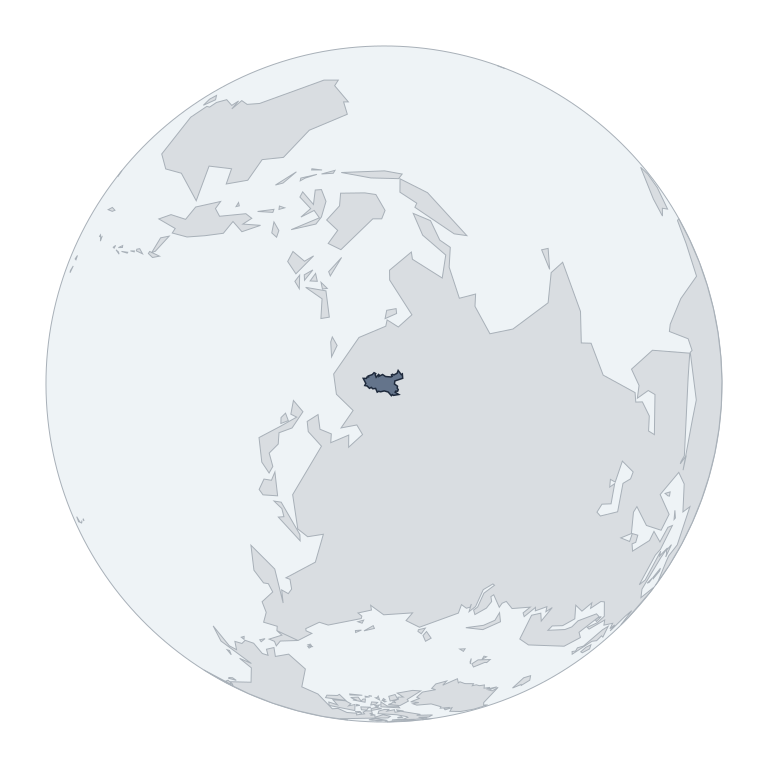 Hubei highlighted on a globe, orthographic projection, rotated 174°
{"feature_id": "CHN-1807", "entity_name": "Hubei", "entity_type": "Province", "adm_level": 1, "iso_a3": "CHN", "parent_name": "China", "parent_adm1": "", "projection": "orthographic", "projection_center": [112.208, 31.166], "detail": "coarse", "context": "on_globe", "style": "filled", "palette": "slate", "viewbox_px": 768, "rotation_deg": 174, "n_neighbors": 0, "source": "natural_earth", "source_scale": "10m", "svg_char_len": 12165}
<svg xmlns="http://www.w3.org/2000/svg" viewBox="0 0 768 768"><g transform="rotate(174 384 384)"><circle cx="384" cy="384" r="338" fill="#eef3f6" stroke="#a8b0b8"/><path d="M684.6,527.5L684.1,529.3L683.9,529.7L684.6,527.5ZM593.0,118.4L572.7,104.8L572.0,103.6L565.7,100.0L566.3,101.8L568.2,104.0L547.4,101.3L545.6,115.6L556.3,126.3L545.1,119.9L573.0,145.4L579.2,161.3L565.2,139.8L558.4,135.2L559.2,143.6L552.4,140.8L548.9,143.6L540.7,139.8L533.2,128.7L527.7,126.3L528.6,132.5L521.0,133.4L520.5,124.4L507.1,125.3L492.0,108.8L497.4,91.4L482.1,82.6L469.4,66.4L463.7,66.2L455.2,61.2L445.5,59.4L445.9,57.8L437.8,58.0L439.2,59.9L436.1,60.8L430.5,60.2L430.1,57.7L432.8,57.7L429.8,56.7L432.0,55.8L427.7,55.9L427.8,53.6L419.4,55.2L412.5,52.8L414.9,51.5L425.5,52.5L457.2,55.2L462.8,55.8L460.2,54.8L454.9,53.6L479.8,59.9L504.1,68.1L527.7,78.1L550.4,89.9L572.2,103.4L593.0,118.4ZM415.8,47.6L416.6,47.7L412.1,47.3L412.1,48.0L400.5,47.2L389.1,46.4L388.5,46.1L387.7,46.1L415.8,47.6ZM381.0,46.1L374.6,46.3L370.6,46.3L381.0,46.1ZM703.5,284.2L700.8,278.3L702.1,278.9L703.5,284.2ZM699.4,277.0L700.3,278.5L699.6,277.6L699.4,277.0ZM699.0,277.8L699.3,277.2L699.3,278.6L699.0,277.8ZM698.8,279.9L698.8,278.5L698.9,278.9L698.8,279.9ZM697.4,281.0L697.0,281.1L696.7,279.1L697.4,281.0ZM570.1,105.7L567.0,102.3L569.0,102.1L572.4,105.1L570.1,105.7ZM565.3,107.7L561.9,104.7L569.3,107.6L568.9,108.3L565.3,107.7ZM565.5,135.1L564.2,130.7L567.8,136.1L565.5,135.1ZM549.9,144.7L552.4,147.1L549.5,147.6L549.9,144.7ZM418.5,48.6L415.4,48.3L417.0,48.3L418.5,48.6ZM421.5,49.3L425.6,49.5L427.6,50.0L425.0,49.8L421.5,49.3ZM534.3,142.6L528.9,143.2L533.1,140.5L534.3,142.6ZM415.9,49.1L430.6,50.8L434.1,51.7L427.1,52.1L415.9,49.1ZM524.9,142.3L511.8,144.9L516.3,149.9L496.3,137.9L514.0,139.2L518.5,134.8L519.8,139.5L524.9,142.3ZM442.1,60.8L440.3,58.7L447.0,61.2L442.1,60.8ZM447.2,62.3L472.2,70.1L472.1,73.5L463.8,69.8L467.8,75.3L455.4,73.0L450.4,69.5L452.9,67.6L446.3,68.3L447.2,62.3ZM487.3,131.2L483.1,130.5L486.1,129.2L487.3,131.2ZM435.4,61.4L440.5,62.4L440.8,65.3L430.7,63.9L433.8,63.3L435.4,61.4ZM474.9,78.2L473.3,80.5L462.9,79.1L460.8,80.0L455.1,73.3L474.9,78.2ZM430.9,62.4L425.5,63.2L420.3,61.4L430.5,60.7L430.9,62.4ZM445.1,66.8L444.7,68.2L441.6,66.9L445.1,66.8ZM398.7,56.7L404.7,57.2L405.4,58.6L398.7,56.7ZM423.9,63.6L425.7,64.2L426.6,65.0L422.1,65.3L423.9,63.6ZM448.1,73.1L444.1,72.3L449.9,75.7L442.4,75.3L439.9,71.1L437.8,72.8L435.4,72.7L436.1,69.5L448.1,73.1ZM420.3,68.1L414.6,63.5L403.2,61.8L402.3,60.3L420.8,63.3L420.3,68.1ZM429.5,69.1L423.6,68.0L425.5,66.4L430.7,66.2L429.5,69.1ZM438.1,76.7L450.4,78.3L450.5,79.3L438.1,76.7ZM416.7,67.8L418.1,69.0L415.6,67.9L416.7,67.8ZM431.1,74.2L435.4,74.5L435.4,75.5L431.1,74.2ZM417.4,71.3L415.6,69.7L419.0,69.3L417.4,71.3ZM423.4,72.9L422.4,74.2L421.4,70.2L425.3,72.8L423.4,72.9ZM430.4,75.1L431.8,75.8L428.6,74.8L430.4,75.1ZM405.4,74.0L403.3,69.1L411.0,68.1L411.9,72.9L405.4,74.0ZM135.0,155.6L132.4,158.5L121.9,178.0L118.8,183.4L109.2,193.3L92.6,230.0L100.1,225.5L95.9,253.2L100.1,265.3L120.9,245.2L114.1,224.6L123.7,209.6L137.8,215.9L145.3,235.6L149.3,230.5L153.6,209.4L164.6,206.2L156.2,201.7L152.7,209.3L147.4,207.1L150.2,200.2L154.0,199.1L154.3,191.8L136.3,200.6L130.9,209.2L126.1,198.1L116.6,211.8L112.0,213.1L126.4,190.6L132.0,185.5L151.1,157.7L144.7,161.8L126.3,188.8L127.9,184.1L119.2,191.4L127.1,182.1L148.9,153.0L150.8,144.7L137.1,153.5L139.7,150.5L165.5,126.2L173.6,119.7L161.3,132.7L168.6,127.7L184.9,114.8L179.8,120.3L184.9,117.0L181.6,122.1L190.5,121.2L189.2,126.2L205.7,118.8L207.3,120.7L197.0,124.2L189.2,130.0L187.6,144.3L191.1,145.0L202.0,139.3L200.2,144.6L210.9,137.4L216.4,144.0L218.8,130.5L231.6,125.0L242.0,125.8L246.7,121.9L229.7,120.9L222.6,122.8L215.8,128.2L196.7,133.2L194.4,130.1L216.0,116.7L215.2,111.3L232.3,104.4L267.6,109.4L275.6,116.2L261.4,138.6L252.0,139.7L252.4,131.8L240.0,144.1L246.8,140.6L245.3,145.5L257.2,142.6L256.7,146.0L268.9,138.0L269.6,141.8L261.9,146.8L280.1,147.3L285.1,155.0L289.5,153.6L292.7,149.9L296.9,162.9L299.9,161.4L299.7,156.4L305.6,150.4L317.7,145.2L318.5,149.9L314.2,152.4L306.5,165.5L295.1,172.3L296.6,173.8L306.8,169.1L316.2,153.1L323.2,148.7L320.1,156.1L321.8,153.0L325.5,152.4L330.0,156.5L334.0,148.4L374.2,138.4L386.8,146.4L379.5,153.4L408.4,154.5L420.4,165.3L420.1,160.5L433.8,159.0L430.3,155.5L431.2,153.1L464.7,150.1L473.2,153.8L487.4,148.9L487.3,146.7L481.8,143.5L496.3,137.9L516.3,149.9L515.5,154.2L528.6,159.7L525.0,169.2L528.0,180.2L516.4,188.8L519.9,197.5L524.6,198.8L532.8,212.4L533.2,237.6L512.0,211.4L507.2,176.7L507.3,189.9L501.1,185.5L497.3,189.7L497.9,199.6L501.8,201.5L470.9,214.0L460.0,240.9L475.9,240.1L484.9,248.9L486.4,283.5L452.7,328.7L464.3,344.6L464.3,354.8L452.8,360.5L452.4,345.7L441.6,339.9L443.1,331.2L424.4,336.9L425.8,324.8L410.6,336.0L415.3,346.1L431.3,344.8L417.5,360.9L432.4,378.8L433.0,399.2L404.0,432.9L376.2,441.3L374.2,447.4L363.8,439.2L349.0,449.9L367.5,486.8L366.6,496.6L343.0,512.4L342.7,505.1L315.0,483.3L309.1,505.8L330.0,528.0L337.1,550.6L320.7,541.6L313.5,521.3L303.8,513.0L307.0,493.4L300.1,461.4L283.5,463.9L285.4,451.7L273.4,422.9L250.0,425.2L212.3,447.6L206.1,477.3L193.6,486.4L181.0,435.6L183.5,404.2L173.8,402.9L165.1,369.9L135.2,349.2L135.5,339.7L128.9,339.2L123.5,324.5L125.8,309.6L120.4,305.4L115.6,345.2L121.9,349.9L133.5,343.4L130.5,355.9L136.3,372.9L113.5,389.5L76.7,382.7L80.8,359.0L92.8,281.2L96.7,275.9L97.1,275.1L97.7,273.6L90.9,281.3L95.6,267.0L80.9,316.7L75.1,335.4L76.1,383.5L74.1,385.2L76.8,397.2L94.7,406.4L93.1,413.5L79.9,437.9L61.9,458.5L68.8,491.9L75.0,515.8L73.7,517.7L73.7,517.8L64.9,495.2L57.7,472.0L52.3,448.4L48.5,424.4L46.5,400.2L46.2,375.9L47.6,351.7L50.8,327.6L55.7,303.9L62.3,280.5L70.6,257.7L80.5,235.5L91.9,214.1L104.8,193.6L119.2,174.0L135.0,155.6ZM145.4,270.5L155.0,282.4L164.3,262.3L168.8,265.5L170.3,257.9L165.0,260.8L170.7,241.1L179.8,241.7L185.6,234.3L182.6,230.1L165.0,232.5L156.7,260.2L148.7,263.9L145.4,270.5ZM216.3,97.1L210.8,101.0L205.5,103.0L207.2,99.1L214.9,96.0L216.3,97.1ZM204.1,106.4L225.1,95.6L224.9,98.3L221.4,98.4L219.2,101.4L213.1,102.5L192.4,116.7L186.4,119.6L192.8,109.4L194.0,110.8L199.4,106.5L204.1,106.4ZM279.0,70.8L288.0,68.2L275.8,77.2L268.7,78.6L270.0,74.2L279.0,69.9L279.0,70.8ZM400.7,50.5L405.0,50.5L405.1,50.9L401.6,51.3L400.7,50.5ZM401.5,56.8L382.3,51.6L386.2,51.1L370.3,49.8L374.4,48.2L384.5,48.9L375.8,47.3L386.6,47.3L379.5,46.6L401.7,48.4L411.1,49.1L399.1,48.8L395.1,50.0L396.1,50.8L406.2,53.8L424.4,56.8L423.3,59.3L417.7,60.3L413.2,59.9L415.3,58.3L407.7,59.0L407.3,56.4L401.5,56.8ZM352.7,82.1L357.1,78.3L341.8,83.2L341.3,79.0L339.6,79.9L334.9,77.6L326.3,76.6L327.7,74.7L323.7,75.2L320.6,74.0L315.6,74.2L316.3,71.0L310.3,71.2L314.0,69.7L303.5,71.0L311.6,68.7L308.4,67.5L302.2,70.4L318.1,56.8L318.5,54.3L314.4,54.0L329.0,51.2L342.2,50.3L352.7,51.6L350.2,55.0L357.3,53.6L358.2,55.0L352.3,55.5L362.0,55.7L361.1,57.1L370.5,60.9L385.0,61.2L388.8,63.0L382.7,63.6L390.7,65.1L381.7,67.6L384.2,69.1L377.9,73.6L364.6,74.6L368.4,76.3L363.8,80.3L352.7,82.1ZM403.2,75.2L387.5,76.3L379.5,74.9L393.9,67.9L392.9,66.1L401.8,62.5L413.2,64.9L409.6,65.6L408.8,66.9L405.5,65.6L407.5,67.7L402.6,69.0L402.8,71.1L397.6,70.7L403.2,75.2ZM121.9,182.5L120.7,185.6L120.4,189.1L114.9,194.2L121.9,182.5ZM136.4,162.4L136.3,163.9L128.3,171.9L129.6,169.1L136.4,162.4ZM143.1,158.4L136.9,163.4L141.0,159.0L143.1,158.4ZM197.6,125.6L198.4,127.3L195.8,129.1L192.2,130.0L197.6,125.6ZM307.2,98.9L311.0,96.2L312.8,96.6L324.6,93.2L325.9,96.5L319.3,99.8L307.2,98.9ZM115.9,245.8L110.7,246.8L111.8,242.7L113.3,243.1L115.9,245.8ZM109.7,218.9L107.9,228.0L108.2,220.3L109.7,218.9ZM310.5,102.0L315.2,100.0L313.0,102.9L310.5,102.0ZM327.4,98.8L325.9,101.9L327.4,96.5L327.4,98.8ZM230.9,685.1L238.0,688.7L233.9,686.7L230.9,685.1ZM96.8,539.9L106.1,572.7L99.7,565.1L91.7,550.8L83.7,528.3L88.8,529.7L89.5,521.9L96.8,539.9ZM423.2,603.3L433.6,604.4L433.2,605.6L423.2,603.3ZM412.4,598.9L424.2,599.4L410.4,601.6L412.4,598.9ZM428.8,599.5L440.9,597.0L446.1,594.8L445.2,597.5L428.8,599.5ZM404.4,598.8L361.1,595.9L344.0,590.9L348.0,586.7L375.5,590.3L404.4,598.8ZM346.6,586.4L320.7,569.7L286.1,522.9L298.5,526.0L334.8,556.5L332.5,560.4L348.1,573.1L346.6,586.4ZM409.6,565.8L407.2,578.3L383.2,576.1L372.3,573.3L364.8,556.5L369.0,548.5L377.9,549.4L412.8,522.1L424.8,529.6L414.0,541.6L423.9,553.1L409.6,565.8ZM207.3,480.7L213.2,501.0L206.6,501.7L207.3,480.7ZM427.3,501.5L412.9,514.3L426.1,497.1L427.3,501.5ZM435.3,484.9L436.0,491.7L430.4,485.0L435.3,484.9ZM373.6,457.0L364.1,457.7L364.1,452.8L376.1,448.9L373.6,457.0ZM433.3,416.5L432.6,431.3L430.5,436.2L426.6,427.2L433.3,416.5ZM328.1,133.1L310.3,133.6L298.4,137.4L293.0,144.5L293.0,135.4L311.4,129.4L328.1,133.1ZM368.4,136.9L373.0,131.7L376.1,134.4L375.5,136.0L368.4,136.9ZM367.6,133.4L363.7,126.3L369.6,123.8L371.5,129.8L367.6,133.4ZM336.4,112.5L331.0,112.2L333.0,109.8L336.4,112.5ZM520.4,688.5L521.8,684.3L534.5,680.1L527.7,685.5L520.4,688.5ZM622.2,623.7L627.2,617.9L624.4,621.5L622.2,623.7ZM478.4,676.0L412.0,692.5L397.7,691.0L401.9,685.8L390.0,668.3L394.7,668.8L392.3,656.1L431.8,644.2L460.3,619.9L481.7,619.9L498.2,600.9L520.0,599.4L513.1,614.0L535.2,619.0L551.6,585.9L563.5,614.8L578.6,620.7L581.0,636.0L548.4,669.5L531.2,678.6L528.5,677.6L521.2,681.5L510.7,683.2L506.3,677.0L499.0,680.7L506.6,673.5L495.8,680.7L490.9,676.4L478.4,676.0ZM633.4,584.9L636.2,584.1L640.1,586.2L635.7,588.0L633.4,584.9ZM677.4,539.7L678.1,540.7L675.4,543.9L677.4,539.7ZM683.9,529.7L680.7,533.9L684.6,527.5L683.9,529.7ZM650.3,559.6L651.5,560.6L650.3,562.0L650.3,559.6ZM649.2,559.7L651.1,555.7L650.6,558.8L649.2,559.7ZM636.4,549.9L638.2,547.3L639.0,548.3L636.4,549.9ZM448.9,604.2L463.4,594.4L471.2,593.2L448.9,604.2ZM633.9,547.4L629.4,549.0L629.9,547.1L633.9,547.4ZM634.3,543.1L633.9,540.8L636.5,545.5L634.3,543.1ZM625.7,541.0L631.2,543.3L625.1,541.8L625.7,541.0ZM622.3,542.9L618.3,542.4L618.6,541.5L622.3,542.9ZM575.4,560.5L590.7,571.7L578.1,574.7L564.1,568.5L552.8,579.7L527.4,582.6L533.3,576.1L530.0,568.0L503.6,567.8L498.2,562.6L507.7,557.8L490.2,554.7L509.4,550.3L517.2,561.4L528.0,550.7L546.6,550.2L564.5,550.8L578.8,556.3L575.4,560.5ZM509.3,576.3L512.6,575.9L509.7,579.7L509.3,576.3ZM610.5,538.7L616.4,542.3L615.7,543.9L612.8,544.1L610.5,538.7ZM582.2,553.5L597.6,539.9L601.2,539.1L590.9,552.7L582.2,553.5ZM593.9,534.6L601.0,534.0L604.7,538.4L603.2,540.3L593.9,534.6ZM470.2,568.6L469.4,571.9L464.4,569.6L470.2,568.6ZM476.6,566.3L491.7,568.8L475.2,569.2L476.6,566.3ZM430.9,556.0L435.3,563.9L449.2,558.7L438.6,566.1L448.1,578.7L444.8,583.6L435.4,569.9L432.1,584.1L425.9,583.9L422.6,571.7L428.8,556.6L435.0,550.2L460.2,547.2L430.9,556.0ZM476.5,556.7L472.5,547.6L475.5,541.2L479.8,546.0L476.5,556.7ZM460.7,525.3L450.2,514.4L440.6,518.8L460.1,502.8L467.0,515.9L460.7,525.3ZM451.9,500.9L442.8,504.9L452.2,495.5L451.9,500.9ZM440.5,501.1L439.6,493.1L446.7,494.2L440.5,501.1ZM456.5,501.1L458.3,487.6L461.9,495.4L456.5,501.1ZM436.7,475.2L451.8,488.3L432.0,482.7L431.4,456.2L439.9,455.7L436.7,475.2ZM485.0,365.3L483.0,357.6L490.7,355.5L489.9,361.4L485.0,365.3ZM513.9,343.8L492.1,352.5L474.3,360.2L479.8,363.7L475.8,377.1L467.5,364.9L480.0,349.9L493.5,346.5L495.5,335.3L505.4,327.3L503.2,313.6L507.6,307.5L513.7,319.1L513.9,343.8ZM501.7,307.9L501.5,283.9L515.9,286.4L519.2,292.2L513.3,302.0L506.0,300.0L501.7,307.9ZM505.6,279.1L498.6,277.2L483.4,243.1L483.8,236.8L503.0,262.7L497.4,262.5L498.6,270.8L505.6,279.1ZM484.4,133.0L483.2,130.7L486.7,132.6L484.4,133.0ZM428.9,151.3L430.8,148.4L434.8,150.3L428.9,151.3ZM438.2,141.8L432.2,141.6L438.2,139.8L438.2,141.8ZM419.1,141.9L429.7,140.6L420.0,144.8L419.1,141.9Z" fill="#d9dde1" stroke="#a8b0b8" stroke-width="1"/><path d="M372.9,385.9L373.6,382.9L370.8,380.4L371.3,378.5L370.4,376.9L371.2,375.4L373.1,375.7L373.8,374.7L370.4,372.0L375.8,371.7L376.8,372.6L377.9,371.6L380.7,375.6L384.5,377.1L388.2,376.6L390.1,377.3L391.6,376.6L392.8,380.5L395.7,380.4L397.0,382.0L398.9,381.2L401.0,383.8L403.3,384.5L402.0,386.5L404.1,391.8L400.8,391.4L400.1,392.8L398.7,392.7L398.9,393.6L394.7,394.6L392.7,396.3L391.1,395.2L391.8,394.1L391.1,391.5L388.4,394.1L387.6,393.2L388.1,392.2L384.4,393.6L381.7,391.3L376.5,390.3L375.1,390.7L375.7,392.2L374.6,392.8L373.2,392.0L369.9,393.3L368.5,396.0L365.8,391.5L364.7,392.1L364.8,387.7L372.9,385.9Z" fill="#64748b" stroke="#1e293b" stroke-width="1.5"/></g></svg>